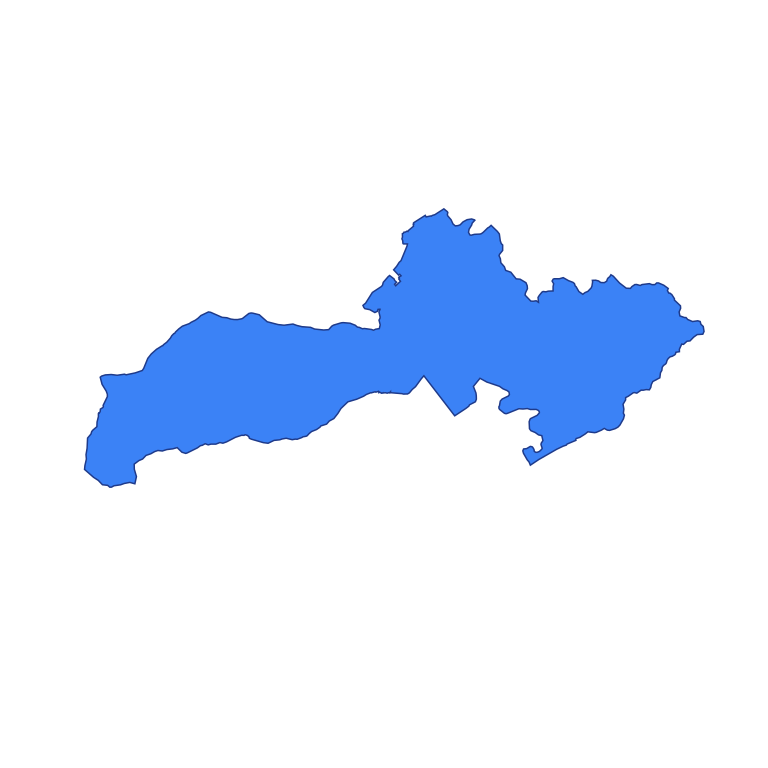 Hoghilag, Sibiu, Romania (orthographic projection), rotated 54°
{"feature_id": "2599482B10102156150057", "entity_name": "Hoghilag", "entity_type": "district", "adm_level": 2, "iso_a3": "ROU", "parent_name": "Romania", "parent_adm1": "Sibiu", "projection": "orthographic", "projection_center": [24.623, 46.211], "detail": "fine", "context": "isolated", "style": "filled", "palette": "blue", "viewbox_px": 768, "rotation_deg": 54, "n_neighbors": 0, "source": "geoboundaries", "source_scale": "gbopen_adm2", "svg_char_len": 6154}
<svg xmlns="http://www.w3.org/2000/svg" viewBox="0 0 768 768"><g transform="rotate(54 384 384)"><path d="M231.0,571.6L228.8,578.7L225.0,587.2L223.5,588.2L220.1,594.7L216.0,599.1L212.8,604.2L211.6,607.8L211.7,609.6L218.6,612.3L226.5,612.9L229.6,613.8L231.6,615.2L236.2,623.8L237.3,624.3L237.8,625.2L237.6,628.2L239.4,629.7L240.2,631.5L239.7,631.8L240.1,632.5L242.5,634.2L246.1,638.5L249.8,641.4L250.2,646.8L250.7,648.5L252.2,650.4L253.5,655.6L261.5,662.0L266.0,666.6L269.8,668.9L274.1,673.8L277.1,676.5L288.9,673.8L294.0,671.8L300.0,671.0L303.6,667.1L306.3,666.5L307.3,665.0L307.6,662.3L310.7,656.4L311.8,652.6L314.2,647.5L318.3,644.2L313.4,638.7L306.2,636.1L302.0,633.2L301.9,627.3L302.8,623.4L301.9,618.5L303.4,613.6L303.9,609.2L304.9,606.0L307.9,602.7L309.4,598.2L312.3,593.0L313.9,588.7L320.4,587.6L323.6,585.2L324.1,583.7L326.0,572.5L326.0,568.7L326.8,567.0L327.2,563.8L329.9,562.0L330.9,559.4L333.8,555.4L334.9,551.2L337.2,549.1L338.3,545.4L339.8,535.5L341.8,529.3L343.3,527.4L343.4,526.2L345.2,524.8L347.2,524.3L348.8,524.8L350.6,523.8L360.5,516.1L363.8,512.6L365.0,506.1L367.9,501.1L368.6,498.7L370.4,495.0L375.1,491.0L376.5,488.1L377.7,486.7L379.0,482.0L379.1,480.6L380.5,477.7L380.7,476.6L380.1,473.7L379.9,470.5L381.2,465.3L381.3,461.2L380.8,459.7L382.7,454.0L381.8,450.0L382.5,444.9L380.7,438.6L378.5,433.2L377.2,423.7L380.3,414.9L381.9,407.7L382.1,404.4L383.3,399.8L383.7,399.5L385.1,395.7L385.8,395.4L386.7,392.8L388.0,393.2L387.9,392.3L389.4,391.7L390.5,390.5L390.6,389.1L390.7,390.1L391.8,388.1L393.3,386.8L394.1,384.4L394.3,384.9L394.7,384.5L394.3,383.4L394.9,383.8L402.5,375.0L403.5,374.3L405.9,370.8L406.1,368.7L405.0,364.3L404.7,360.1L401.7,350.8L400.8,346.9L451.3,345.5L451.9,332.1L451.8,328.4L451.1,327.1L452.1,320.5L450.6,318.2L447.7,316.2L445.3,314.9L438.5,313.1L435.8,303.0L443.0,299.6L453.8,291.9L457.8,290.6L461.8,288.2L464.0,287.6L466.2,288.7L466.8,290.4L465.6,297.3L466.2,300.0L469.4,303.3L470.0,304.5L471.5,305.4L472.7,305.4L478.5,303.8L479.8,302.7L480.3,301.4L483.3,289.4L485.9,286.3L488.1,282.5L490.7,280.5L494.0,275.8L496.0,274.7L497.6,274.6L498.6,275.2L499.4,278.5L498.1,285.9L498.4,286.6L499.8,288.7L505.7,292.6L508.1,292.6L512.1,290.2L516.0,288.9L518.5,286.7L523.2,288.7L524.3,291.6L525.3,292.6L529.0,293.8L529.5,294.8L529.9,298.0L529.3,300.2L528.5,301.4L526.9,302.0L525.0,301.1L522.7,300.9L521.8,301.1L520.5,302.3L520.1,306.6L518.6,309.3L519.7,311.0L522.1,311.9L529.5,312.7L532.4,312.5L535.7,313.3L536.1,303.1L538.3,282.7L539.6,275.6L540.6,272.4L540.2,271.1L542.4,261.9L541.6,261.7L541.1,260.5L542.3,256.9L542.7,250.4L542.5,247.2L547.1,242.3L547.9,240.7L549.1,235.3L549.4,231.9L552.5,230.5L554.1,228.8L556.0,223.3L556.4,220.1L555.9,217.3L552.9,210.7L550.5,207.8L548.3,207.5L545.3,204.7L540.9,202.5L538.9,197.9L537.0,196.5L537.5,193.6L537.6,187.6L538.0,186.6L540.0,184.8L540.1,179.6L541.4,177.9L542.6,175.2L544.7,172.7L543.6,170.2L541.6,168.1L540.0,165.1L541.1,157.2L537.4,153.7L536.3,151.2L534.0,149.1L533.3,147.0L533.3,144.3L532.9,143.2L531.3,141.2L530.4,139.0L530.2,136.5L531.0,134.5L531.3,131.6L531.0,130.5L529.9,129.2L531.5,126.0L529.5,124.6L526.7,119.7L528.0,118.4L527.5,113.7L529.0,111.1L528.1,105.9L528.1,101.6L531.1,96.8L529.6,94.2L525.1,91.9L522.0,92.5L519.3,91.5L517.3,93.0L514.8,97.7L510.3,100.4L507.8,100.6L506.9,101.8L502.8,104.6L499.2,102.9L497.1,99.5L495.0,98.2L486.8,99.7L485.7,98.9L480.8,98.6L478.5,99.3L477.8,100.2L475.0,99.8L473.8,97.9L468.5,99.6L463.6,102.5L462.5,104.0L462.8,106.1L462.5,106.9L461.1,108.8L458.8,110.3L455.2,116.8L454.9,118.8L452.0,121.1L451.0,122.6L450.9,126.2L451.5,128.4L448.9,131.7L440.7,134.1L431.6,135.1L429.0,136.2L429.9,138.4L429.9,140.1L430.4,141.6L431.7,143.4L431.5,146.2L429.3,149.0L426.8,149.8L424.5,151.7L422.6,154.5L424.0,155.2L427.0,158.2L428.0,159.8L428.9,164.7L428.2,167.6L428.3,170.4L423.8,172.0L418.2,171.4L417.0,171.7L414.7,170.9L412.8,171.4L408.8,174.0L403.3,176.5L401.9,180.3L399.0,184.3L398.6,185.4L399.5,187.5L402.6,187.8L404.5,189.9L408.1,192.5L405.4,196.6L404.6,198.8L402.7,200.9L402.5,202.2L403.6,206.3L404.5,208.5L408.7,211.0L406.1,212.0L404.7,214.7L403.2,216.5L395.0,217.6L393.5,216.1L391.2,211.9L388.7,210.4L385.5,209.6L379.2,212.3L376.6,215.3L368.1,215.7L363.6,218.8L359.9,217.7L354.6,218.2L351.0,216.2L347.8,215.5L347.0,214.3L345.7,209.5L341.3,206.3L339.3,206.6L336.4,205.7L330.4,202.5L327.1,202.6L318.6,204.1L318.9,206.7L318.7,208.4L319.6,214.5L319.6,216.8L319.2,218.1L316.0,223.0L314.8,226.2L313.8,226.9L311.0,226.5L308.8,224.2L306.9,219.6L305.7,218.1L304.9,214.2L304.4,214.3L302.0,216.1L299.9,220.2L299.3,224.8L300.0,228.8L299.4,230.9L298.0,233.4L295.1,234.1L290.5,233.2L285.3,233.6L284.1,233.1L282.8,231.6L281.8,231.5L277.5,232.6L276.9,243.3L276.0,245.9L276.0,247.1L275.4,247.6L273.6,251.7L271.8,251.5L271.0,264.8L271.1,265.5L272.2,266.0L272.0,266.5L273.7,267.4L274.2,274.3L274.7,275.0L273.8,275.7L273.7,277.4L272.9,278.6L273.4,279.6L273.2,280.8L276.0,282.7L277.1,284.2L279.0,284.6L281.3,286.0L282.0,286.0L284.5,282.7L286.0,284.4L294.2,297.7L294.5,300.2L296.2,304.6L297.3,309.1L304.5,308.2L304.5,306.8L306.5,306.6L306.3,309.3L307.4,309.3L307.7,310.3L310.6,310.3L311.4,316.8L309.5,316.8L309.1,314.0L306.5,314.5L305.0,314.1L299.5,315.7L299.6,317.5L301.3,324.8L303.2,327.2L303.6,328.8L303.1,339.6L307.8,351.4L308.0,354.8L310.1,355.3L311.8,355.2L315.5,351.8L320.8,349.4L321.3,346.7L320.1,345.0L321.1,343.3L321.6,343.6L321.8,344.5L322.8,345.8L327.6,347.8L328.6,348.8L329.4,350.5L333.9,352.3L336.4,355.2L334.7,358.7L334.3,360.9L332.6,362.0L327.6,367.2L326.6,369.0L323.8,370.6L322.3,372.1L319.6,372.7L314.9,375.7L310.3,381.0L309.3,382.8L306.7,390.2L306.5,392.2L307.5,396.8L304.9,401.0L298.8,407.8L295.0,410.1L289.4,416.7L285.4,420.1L282.0,422.4L277.7,430.3L273.7,434.7L265.0,441.9L254.7,444.2L249.7,448.4L248.4,449.8L247.5,451.9L247.8,460.0L247.5,461.0L245.8,464.6L243.8,467.3L241.4,469.8L238.0,472.2L234.9,475.8L224.1,482.1L222.5,483.7L221.0,491.9L221.5,495.8L221.5,499.1L220.7,503.8L220.7,506.0L218.7,513.1L218.8,517.6L219.4,522.1L220.0,523.6L219.7,524.4L220.2,527.3L221.3,529.8L222.5,535.2L222.6,539.4L223.0,540.5L222.7,540.9L222.2,547.6L222.9,554.6L224.4,560.0L230.1,569.2L231.0,571.6Z" fill="#3b82f6" stroke="#1e3a8a" stroke-width="1.5"/></g></svg>